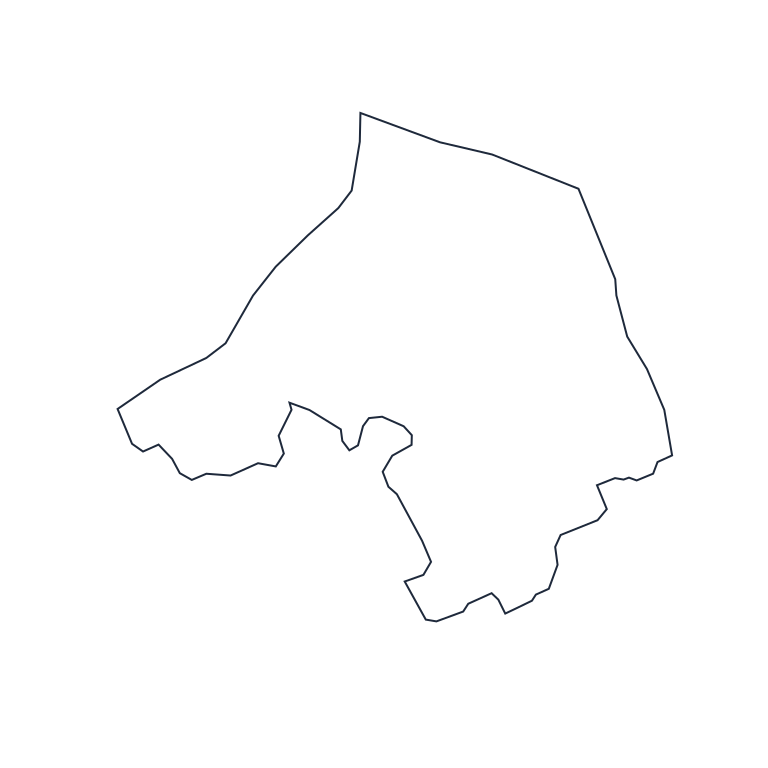 Dungass, Zinder, Niger (Mercator projection), rotated 247°
{"feature_id": "23599985B10149369238340", "entity_name": "Dungass", "entity_type": "district", "adm_level": 2, "iso_a3": "NER", "parent_name": "Niger", "parent_adm1": "Zinder", "projection": "mercator", "projection_center": [9.383, 13.215], "detail": "fine", "context": "isolated", "style": "outline", "palette": "slate", "viewbox_px": 768, "rotation_deg": 247, "n_neighbors": 0, "source": "geoboundaries", "source_scale": "gbopen_adm2", "svg_char_len": 1090}
<svg xmlns="http://www.w3.org/2000/svg" viewBox="0 0 768 768"><g transform="rotate(247 384 384)"><path d="M205.7,621.3L250.7,631.9L295.0,631.9L332.6,626.4L374.7,632.5L390.1,637.8L487.7,639.3L553.0,573.2L584.6,530.0L642.7,468.2L616.5,456.4L574.7,429.8L563.8,410.7L550.6,372.0L534.3,330.2L516.6,298.0L483.4,254.1L477.4,230.6L475.4,179.7L465.1,129.0L427.4,128.7L416.0,135.8L416.3,152.8L397.9,159.7L381.7,161.2L370.8,169.6L370.8,185.4L359.7,207.0L360.3,237.1L350.4,252.2L359.1,264.6L377.5,266.8L396.4,288.8L403.7,289.7L389.2,305.2L359.1,326.5L347.9,323.4L336.5,326.2L337.7,336.1L353.4,348.2L358.5,356.8L354.6,369.5L337.4,385.6L326.0,389.6L317.2,385.6L314.8,363.6L303.7,348.5L287.7,347.9L277.5,352.8L224.8,357.8L201.9,357.8L192.9,345.7L194.1,325.9L150.8,330.4L145.0,339.5L143.6,368.0L148.8,375.7L149.4,401.3L140.8,405.0L125.3,405.9L125.8,417.5L126.7,435.5L130.8,441.5L131.1,455.7L149.7,473.1L167.1,477.9L176.0,487.6L175.2,527.4L181.8,540.2L207.6,540.5L207.1,559.9L202.4,567.2L202.1,572.9L196.5,578.9L196.3,596.7L205.3,605.3L205.7,621.3Z" fill="none" stroke="#1e293b" stroke-width="2"/></g></svg>